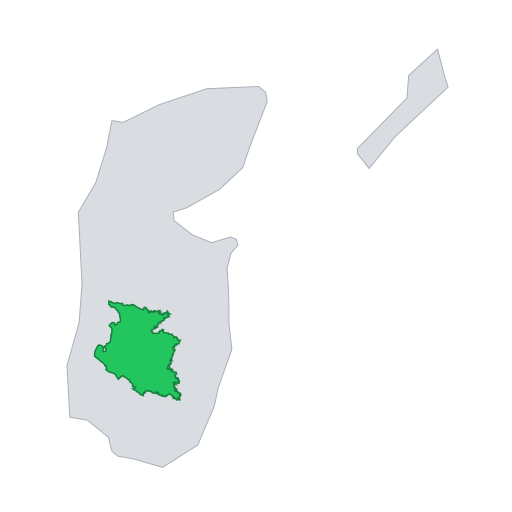 location of Nablus, West Bank, Palestine, rotated 183°
{"feature_id": "87354302B42764778113026", "entity_name": "Nablus", "entity_type": "district", "adm_level": 2, "iso_a3": "PSE", "parent_name": "Palestine", "parent_adm1": "West Bank", "projection": "natural_earth1", "projection_center": [35.262, 32.179], "detail": "fine", "context": "in_parent", "style": "filled", "palette": "green", "viewbox_px": 512, "rotation_deg": 183, "n_neighbors": 0, "source": "geoboundaries", "source_scale": "gbopen_adm2", "svg_char_len": 6822}
<svg xmlns="http://www.w3.org/2000/svg" viewBox="0 0 512 512"><g transform="rotate(183 256 256)"><path d="M433.5,85.2L439.0,136.6L429.1,180.5L428.3,219.0L435.7,290.5L419.8,320.8L410.8,356.6L406.9,383.7L395.7,382.5L360.5,402.1L313.7,420.5L262.2,425.4L254.9,419.9L252.9,410.6L267.9,365.0L273.8,343.6L296.1,320.5L327.7,300.6L341.1,295.5L339.6,286.9L320.7,273.8L301.0,266.9L282.3,273.8L276.5,271.6L274.6,265.8L281.1,257.6L284.2,242.3L281.3,216.8L279.3,185.7L275.2,161.7L286.8,122.5L289.8,103.9L304.3,64.1L338.4,40.0L367.7,47.0L383.2,48.8L389.7,53.5L394.0,67.3L415.7,83.2L433.5,85.2ZM147.6,349.3L160.0,363.4L160.4,368.6L113.5,421.7L113.0,444.4L85.5,472.0L76.8,444.6L73.0,434.8L123.5,382.2L147.6,349.3Z" fill="#d9dde1" stroke="#a8b0b8" stroke-width="1"/><path d="M409.1,158.2L411.4,153.5L411.8,151.9L412.1,148.7L411.7,147.3L402.3,140.5L401.6,139.8L400.9,138.3L400.1,138.5L400.3,138.1L399.3,136.5L399.9,134.6L396.6,132.5L391.7,131.3L390.4,130.3L387.0,125.7L385.2,127.9L384.5,128.0L384.6,128.6L382.5,129.6L381.8,129.1L381.5,128.4L380.2,128.2L377.2,126.0L375.7,125.6L376.0,125.0L375.1,124.2L375.3,123.6L373.7,122.9L372.4,121.0L372.5,119.1L371.0,119.2L370.4,119.0L370.2,118.4L369.4,118.5L369.4,118.2L370.0,117.8L370.6,118.0L370.8,116.8L371.9,116.8L370.1,115.6L368.2,115.0L367.8,114.2L366.0,113.6L364.7,112.0L364.0,111.9L364.0,111.5L361.3,110.7L361.7,112.1L361.5,112.6L361.0,112.4L360.8,112.8L361.1,113.4L360.5,113.9L359.9,113.8L359.8,114.2L359.4,113.9L359.3,115.0L358.4,116.0L358.3,115.7L356.5,115.3L355.4,115.9L354.1,115.0L353.6,115.5L352.2,113.8L351.5,114.2L349.9,113.4L349.1,114.2L348.6,114.0L348.6,114.7L347.6,113.1L347.2,113.1L347.2,114.2L347.4,114.2L347.3,114.9L347.1,115.0L346.7,114.6L347.1,114.1L346.8,113.5L346.2,113.6L345.4,112.1L344.6,112.4L344.2,111.8L343.3,111.6L343.3,111.9L342.3,112.1L341.9,111.1L341.4,111.4L341.0,111.1L339.0,110.9L339.0,111.4L338.4,111.5L338.6,111.7L336.7,112.7L335.9,113.6L334.7,113.6L333.1,112.5L333.1,112.1L332.0,111.8L331.2,110.2L331.2,109.6L330.7,109.8L330.5,110.5L330.0,109.5L329.5,109.9L328.1,109.1L327.8,108.7L328.2,108.5L327.9,108.1L327.2,108.5L324.6,108.2L324.3,108.7L324.7,109.2L325.4,109.2L325.9,108.8L325.7,108.6L326.7,108.5L326.4,108.7L326.5,110.2L325.5,110.4L325.0,110.9L325.1,111.4L324.6,111.7L324.8,112.5L324.0,112.6L324.0,113.3L323.7,113.8L324.0,114.1L324.8,113.1L325.0,113.4L324.4,114.0L324.6,115.1L326.1,115.0L325.9,115.5L326.6,116.0L327.2,115.9L327.7,116.4L327.4,116.9L327.6,117.4L328.1,117.7L328.9,117.4L328.9,116.9L330.1,117.0L329.5,118.4L328.9,119.0L330.2,118.8L330.0,120.2L330.7,120.5L330.7,121.1L330.2,120.9L330.3,121.2L330.5,121.6L331.1,121.5L331.5,121.9L330.6,122.9L330.7,123.5L330.3,123.9L329.5,123.7L330.1,124.3L331.6,124.1L331.7,124.8L331.2,124.6L331.1,124.9L330.4,125.2L330.8,125.6L329.6,125.9L328.6,125.1L328.2,125.2L327.8,124.7L327.0,125.6L326.4,124.9L326.2,125.0L326.5,125.3L325.9,126.9L326.3,127.4L326.7,126.8L327.2,127.1L326.7,127.8L326.9,128.6L327.2,128.5L327.6,129.0L327.4,129.5L327.6,130.3L328.6,130.1L328.1,129.7L328.3,129.1L328.7,129.5L329.2,129.5L329.7,129.8L329.5,130.4L329.9,130.6L330.0,131.2L331.0,132.0L330.6,132.5L330.7,132.9L329.4,133.6L329.2,134.3L329.6,135.6L330.3,136.0L331.1,135.5L332.6,135.8L332.6,136.2L333.5,136.8L333.3,137.2L333.6,137.4L335.0,136.9L334.8,137.4L335.1,137.6L334.1,137.4L333.5,137.9L334.0,138.1L333.9,138.5L334.6,138.6L335.1,138.1L335.7,138.7L336.3,138.7L335.9,139.5L336.5,140.3L336.7,140.1L336.6,139.4L337.3,139.0L337.2,138.5L337.8,138.4L337.9,138.9L338.2,139.1L338.5,138.6L338.8,139.2L338.2,141.4L337.6,141.8L337.4,142.5L336.7,140.7L336.5,140.8L337.1,142.9L336.2,143.5L335.8,143.3L335.1,144.7L335.3,145.7L336.4,146.7L336.5,147.1L336.1,147.1L335.3,146.2L336.2,147.9L336.0,148.2L335.5,147.0L335.3,147.5L334.9,147.4L335.3,147.8L334.8,148.2L335.2,148.7L335.1,149.2L334.6,149.8L334.9,150.4L334.5,150.7L334.6,151.0L333.7,152.7L334.4,153.3L333.2,154.3L333.3,155.5L332.5,156.8L332.5,157.3L332.0,157.4L332.2,158.4L332.9,158.3L333.4,157.8L334.2,158.4L334.1,161.0L332.8,160.4L332.8,161.6L331.5,162.3L331.8,163.3L332.0,163.2L331.8,163.6L331.0,163.7L330.7,163.2L330.1,164.2L328.6,164.2L327.4,167.3L328.0,166.9L328.8,168.3L329.5,168.0L329.5,168.5L330.4,169.1L330.2,169.6L330.5,169.7L330.7,169.3L331.0,169.5L331.2,170.2L330.9,170.5L331.5,171.0L333.0,170.4L333.1,170.8L333.5,170.6L333.4,171.1L335.5,172.7L335.7,173.4L339.0,173.4L339.7,174.5L344.0,174.6L344.8,176.1L345.6,176.7L344.6,177.3L345.8,177.9L347.5,175.8L348.1,176.0L348.4,175.2L349.2,174.9L348.9,173.8L349.1,173.6L355.2,173.4L355.3,174.7L356.8,175.6L356.5,176.6L355.4,176.9L354.0,178.0L354.0,180.1L353.7,180.4L353.0,180.5L352.4,179.8L353.1,178.7L352.7,178.4L352.2,178.9L352.1,179.4L351.8,179.3L351.3,180.0L350.5,179.8L350.4,180.1L351.0,181.0L350.5,182.0L350.8,182.1L350.7,182.7L349.5,183.2L349.9,183.9L349.2,184.7L348.3,184.9L347.9,184.5L348.0,185.1L346.8,185.5L346.9,186.2L346.2,186.2L344.4,187.2L344.3,187.9L344.8,188.2L344.9,189.2L343.1,189.1L342.7,189.7L342.2,189.6L341.5,190.1L341.4,190.7L341.2,190.5L339.5,190.9L339.9,191.6L340.4,191.7L340.7,192.0L340.3,192.3L340.4,193.2L338.9,193.6L339.8,194.0L340.3,193.5L340.4,194.5L341.2,194.6L341.4,195.0L341.1,195.6L341.6,196.3L341.9,196.4L342.0,195.2L341.6,195.3L341.6,194.8L342.3,194.5L342.1,194.0L342.7,194.0L342.8,194.4L343.7,194.4L344.2,194.1L344.6,194.3L344.8,194.1L344.7,193.7L345.0,193.4L345.2,193.6L345.6,193.0L345.2,193.7L345.5,193.9L346.2,192.6L345.8,192.4L345.9,192.0L346.5,191.9L346.9,193.0L348.3,193.2L348.3,193.5L348.8,193.3L348.6,193.9L349.5,193.1L349.8,193.7L349.2,194.3L349.9,194.0L350.2,194.2L348.8,195.0L349.2,195.4L349.0,196.4L349.8,196.2L350.6,196.9L350.3,196.3L352.2,195.3L351.6,194.9L353.5,195.5L353.6,196.0L354.9,195.9L354.4,195.2L354.9,194.9L355.8,194.9L356.0,194.5L357.5,195.6L357.8,195.2L358.6,195.5L358.7,195.1L359.0,195.4L359.2,195.1L358.3,194.5L359.2,194.2L360.1,193.5L360.3,193.6L360.3,194.6L361.2,195.3L360.9,196.0L361.1,196.6L362.0,196.9L362.7,197.7L362.6,198.1L363.6,198.9L364.9,198.9L365.6,197.4L365.5,196.6L366.2,196.4L369.4,197.4L374.4,200.0L375.6,200.9L377.7,201.0L378.2,200.8L378.1,200.3L379.4,199.9L382.2,200.5L382.8,199.8L385.1,199.8L386.8,200.3L386.8,201.7L388.6,201.3L392.8,202.2L393.5,201.6L395.2,201.4L397.2,201.9L398.1,202.9L399.2,202.6L400.5,203.3L400.4,199.8L398.8,199.1L398.7,198.0L397.1,197.3L395.3,197.6L394.4,197.3L394.2,196.6L392.7,195.6L392.1,194.5L391.4,194.4L390.4,192.4L389.4,191.7L388.8,188.3L388.1,185.9L388.1,183.6L388.2,183.1L390.8,182.3L391.2,180.4L393.3,179.5L393.5,181.4L394.8,182.2L396.4,181.7L398.8,179.4L398.7,178.5L396.9,177.1L396.6,176.4L396.0,175.8L396.0,171.9L396.5,170.4L396.4,168.9L396.8,168.7L396.6,168.4L397.0,162.9L397.9,162.3L398.3,161.2L400.7,160.6L400.7,159.0L402.4,158.0L402.1,156.6L401.0,155.4L401.1,153.0L403.6,152.4L404.0,153.3L403.5,156.3L404.2,157.6L406.1,158.7L408.3,158.8L409.1,158.2Z" fill="#22c55e" stroke="#15803d" stroke-width="1.5"/></g></svg>